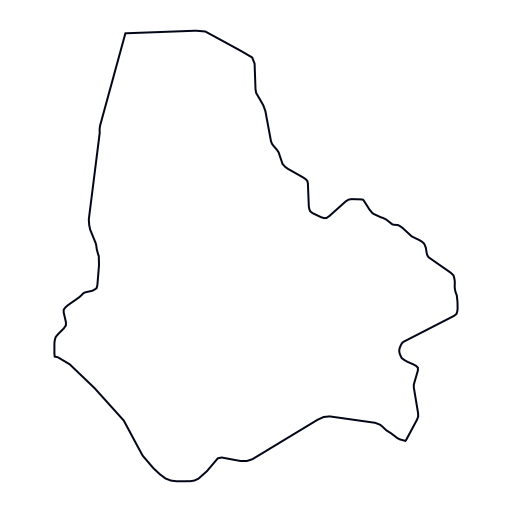 map outline of Maradi (orthographic projection)
{"feature_id": "NER-91", "entity_name": "Maradi", "entity_type": "Department", "adm_level": 1, "iso_a3": "NER", "parent_name": "Niger", "parent_adm1": "", "projection": "orthographic", "projection_center": [7.538, 14.218], "detail": "fine", "context": "isolated", "style": "outline", "palette": "ink", "viewbox_px": 512, "rotation_deg": 0, "n_neighbors": 0, "source": "natural_earth", "source_scale": "10m", "svg_char_len": 2061}
<svg xmlns="http://www.w3.org/2000/svg" viewBox="0 0 512 512"><path d="M138.2,447.5L123.8,420.6L94.7,388.3L69.7,364.3L57.9,357.3L54.7,356.6L54.4,353.6L54.4,343.2L54.8,340.1L55.7,337.0L58.0,334.2L63.8,328.4L65.9,325.4L65.9,322.1L63.7,312.5L63.7,309.7L65.3,307.5L67.9,305.2L79.4,297.1L81.1,295.6L83.2,293.4L84.0,292.9L84.8,292.5L85.8,292.2L91.8,290.9L93.3,290.3L95.9,288.7L96.6,288.1L97.4,284.9L99.0,265.2L98.8,256.1L98.1,254.3L96.8,249.4L96.2,245.2L95.7,243.2L90.2,229.7L89.2,225.1L88.8,219.4L99.7,133.0L99.6,129.5L100.0,125.9L125.4,33.3L195.9,30.7L205.3,31.5L240.7,50.8L252.2,57.5L254.6,63.7L255.5,89.3L256.2,93.0L263.3,105.3L265.4,111.2L271.0,141.3L272.0,143.8L273.7,146.1L276.9,149.8L278.6,152.3L282.5,163.9L285.0,166.7L288.0,168.9L303.2,177.5L305.7,179.2L307.3,180.9L307.9,183.5L308.8,206.3L309.2,208.7L310.2,211.3L312.5,213.1L321.3,217.3L324.2,218.1L326.5,218.0L329.4,216.0L345.7,201.4L348.4,199.7L351.5,199.1L361.3,199.4L362.9,199.7L363.6,200.3L369.5,209.6L372.3,213.0L373.8,214.0L380.9,217.3L382.9,217.9L386.3,219.6L392.1,224.2L393.1,224.6L394.2,224.8L397.8,225.0L399.8,226.0L402.4,227.8L411.6,236.3L412.5,236.8L419.5,240.2L421.8,241.6L423.8,243.3L424.5,244.4L425.1,245.9L425.8,247.7L426.9,254.1L427.4,255.4L428.6,257.3L450.8,272.8L453.5,275.4L454.3,278.3L454.8,281.5L454.7,287.3L455.0,289.6L455.5,291.9L456.8,295.5L457.5,302.1L457.6,308.4L457.3,311.3L456.5,313.9L454.3,315.7L403.5,341.8L402.5,342.6L401.9,343.4L401.4,344.1L400.8,345.3L399.8,347.7L399.5,348.8L399.2,350.9L399.6,353.3L400.2,355.0L401.7,358.1L404.3,360.0L407.2,361.7L413.4,364.4L416.1,365.9L417.9,367.7L417.9,370.4L413.8,384.6L413.8,387.4L418.1,413.3L418.2,416.4L417.1,419.5L406.3,439.7L405.4,440.9L405.2,440.8L399.9,439.4L397.3,438.1L391.2,433.4L386.3,430.3L382.1,426.3L380.0,424.7L375.1,422.8L329.7,416.4L323.6,417.0L317.5,419.8L252.4,459.2L246.8,461.0L240.4,461.0L221.7,457.5L217.8,458.3L206.9,471.2L198.4,478.7L194.5,480.5L193.5,480.7L190.3,481.2L176.9,481.3L171.0,480.6L165.5,478.5L159.7,474.1L153.2,468.0L142.7,455.7L138.2,447.5Z" fill="none" stroke="#020617" stroke-width="2"/></svg>